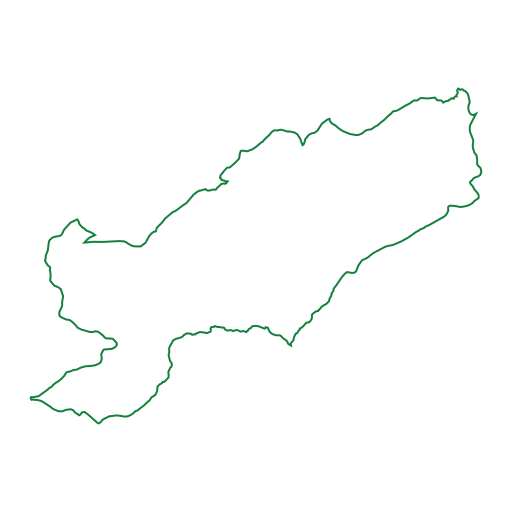 Zetaquirá, Boyacá, Colombia
{"feature_id": "7082276B35977519917705", "entity_name": "Zetaquirá", "entity_type": "district", "adm_level": 2, "iso_a3": "COL", "parent_name": "Colombia", "parent_adm1": "Boyacá", "projection": "mercator", "projection_center": [-73.195, 5.28], "detail": "fine", "context": "isolated", "style": "outline", "palette": "green", "viewbox_px": 512, "rotation_deg": 0, "n_neighbors": 0, "source": "geoboundaries", "source_scale": "gbopen_adm2", "svg_char_len": 5987}
<svg xmlns="http://www.w3.org/2000/svg" viewBox="0 0 512 512"><path d="M291.0,345.5L290.6,343.5L293.4,340.3L294.3,336.5L295.1,335.2L295.4,334.0L295.8,333.6L297.1,333.3L298.2,331.1L299.7,329.7L299.9,328.5L301.3,327.9L303.4,326.1L305.8,323.2L307.1,322.5L308.7,322.4L310.2,321.2L311.6,319.1L312.0,316.5L311.8,315.1L312.6,313.9L315.9,311.4L318.2,311.0L318.5,310.3L319.2,309.9L319.6,309.0L320.5,308.3L321.5,306.9L323.9,305.2L325.9,304.2L328.9,301.4L329.7,298.4L331.4,295.6L331.6,293.4L333.3,291.1L333.7,288.6L335.7,286.1L341.7,277.4L344.3,274.3L346.8,272.2L347.5,272.1L351.6,272.9L353.2,272.9L354.7,272.5L356.1,271.3L358.4,265.5L361.9,260.4L367.5,257.7L373.0,253.2L385.1,246.8L388.3,245.8L392.6,245.1L400.9,241.6L408.0,237.7L416.2,231.9L418.4,230.8L420.8,229.1L423.9,228.0L425.2,226.8L429.8,224.7L444.3,216.5L445.7,215.2L447.0,213.4L448.3,210.4L448.1,208.1L448.3,206.8L449.7,205.8L451.9,205.7L454.9,206.0L460.5,207.0L463.6,206.6L466.7,205.9L468.9,205.2L472.5,203.1L474.2,201.1L478.6,198.1L478.6,195.0L477.7,193.3L474.3,189.3L472.8,186.3L470.7,184.1L470.0,182.3L470.1,181.8L472.3,180.0L473.7,178.1L478.5,176.2L480.1,175.1L480.4,174.7L481.3,172.1L481.0,169.5L480.2,167.6L478.5,166.1L477.2,164.4L477.2,159.8L476.7,156.3L476.1,154.7L474.4,152.7L472.9,147.8L472.7,145.6L473.2,142.3L473.2,140.2L469.9,131.5L469.7,127.6L470.2,125.0L476.0,113.8L474.0,114.9L472.8,115.0L470.9,114.3L469.9,113.2L468.7,110.7L468.3,108.7L468.5,105.6L469.6,102.7L469.7,101.6L468.1,94.6L466.7,92.5L464.7,90.8L463.8,90.6L462.6,89.4L461.6,89.3L460.1,89.9L458.9,88.7L458.1,88.6L457.2,90.2L457.2,91.1L457.8,92.3L457.6,93.4L456.4,95.2L456.6,96.4L455.8,96.3L455.0,96.7L454.0,97.8L453.8,98.7L452.0,98.3L451.3,98.4L450.1,99.5L448.9,100.0L448.0,100.9L445.5,101.3L443.2,102.6L441.9,100.9L440.6,100.3L437.4,100.3L434.8,97.6L427.9,98.5L420.8,98.0L420.0,98.4L417.1,100.5L414.4,100.4L413.4,100.8L409.5,103.6L405.8,105.4L398.4,109.9L396.6,110.7L393.0,111.4L391.2,113.5L387.6,116.5L384.1,120.0L380.3,122.9L377.6,125.4L375.1,126.6L371.3,129.3L368.0,129.8L365.4,130.6L362.3,133.3L358.5,134.9L356.2,135.1L349.9,134.0L342.6,131.0L338.5,128.2L335.7,125.7L331.7,123.3L329.8,120.7L329.5,118.8L327.1,119.7L321.9,123.7L317.5,130.6L315.7,132.0L314.5,132.8L311.6,133.4L308.8,134.9L305.3,139.2L304.5,142.4L303.5,144.6L302.5,145.1L300.0,138.3L297.4,134.4L295.9,133.3L294.3,132.5L290.0,131.5L287.7,131.6L281.7,129.8L280.1,129.8L277.2,130.5L274.1,130.3L271.4,132.4L269.9,134.4L264.5,139.4L262.7,141.8L261.1,142.6L256.1,146.8L252.4,149.4L247.1,151.3L244.2,150.8L241.2,150.7L240.8,150.9L239.9,153.5L239.1,158.6L234.6,163.3L229.8,167.4L227.3,167.7L226.7,168.1L224.4,170.5L220.6,175.3L220.0,177.7L220.1,178.1L220.9,178.4L221.2,178.9L221.5,180.0L224.3,180.6L225.5,181.6L227.0,181.2L227.6,181.4L226.0,183.4L225.2,183.8L223.2,183.5L221.1,184.1L218.9,186.4L218.0,187.0L215.6,189.8L213.3,189.5L209.8,190.5L208.0,190.6L206.5,190.1L205.5,189.1L200.4,190.6L199.4,190.7L197.4,191.7L193.5,194.7L186.5,203.0L183.4,205.0L175.9,210.7L172.6,212.2L164.8,218.8L162.4,222.2L156.8,227.8L155.9,231.3L153.8,231.8L151.3,233.6L149.4,235.8L145.4,242.9L140.7,246.4L135.1,246.4L132.5,246.0L128.1,243.7L126.7,242.5L123.9,241.3L118.5,241.1L103.7,241.9L93.0,241.8L84.4,242.6L86.8,239.9L89.7,237.5L95.0,235.1L91.9,232.8L86.1,230.3L84.4,228.6L82.3,227.3L80.0,224.9L79.1,223.4L78.6,221.4L77.3,219.4L70.5,222.6L64.0,229.8L62.1,233.9L61.2,235.0L60.2,235.7L58.3,236.3L55.9,236.5L53.5,237.2L51.9,238.0L49.4,240.4L48.8,242.4L47.8,250.4L45.7,255.8L45.7,258.1L45.0,260.6L46.2,263.0L47.3,264.6L48.4,266.0L49.6,266.7L50.3,267.8L49.8,270.3L50.4,272.3L50.6,275.1L50.2,280.6L52.4,283.5L54.4,285.6L58.5,287.4L60.8,289.2L63.1,296.1L62.1,302.4L62.2,304.8L62.0,306.3L59.6,311.5L59.2,313.1L59.5,315.6L60.3,316.7L64.5,318.8L66.1,319.5L69.6,320.0L72.0,321.7L74.2,323.7L76.8,326.5L77.3,327.5L81.0,329.4L89.5,331.9L92.8,332.1L94.7,331.4L97.4,331.5L98.7,332.1L103.2,335.7L104.7,337.5L106.3,338.4L111.9,338.6L113.1,339.0L116.6,342.9L116.9,344.4L115.9,346.4L115.1,347.2L111.9,348.9L108.7,349.0L106.1,349.5L104.4,349.4L103.3,350.0L102.1,352.6L101.2,353.9L101.7,358.1L101.6,359.7L100.7,362.3L99.0,363.6L94.8,365.4L88.9,366.1L86.0,366.2L83.3,366.9L80.4,367.8L77.3,369.4L75.4,369.9L74.1,369.8L69.5,371.7L67.9,371.8L66.6,372.3L65.6,373.5L64.3,375.8L60.9,379.3L58.8,381.0L56.2,382.5L53.0,385.0L52.2,386.3L49.4,388.0L47.2,390.0L40.2,395.0L39.4,395.7L38.0,396.4L36.4,396.5L33.1,397.3L31.6,397.0L30.8,397.5L30.7,398.4L31.5,399.8L32.3,399.6L37.4,400.0L41.4,401.0L50.0,406.5L53.0,408.9L57.8,411.0L60.8,411.4L63.0,411.1L65.7,409.9L70.5,409.3L71.6,409.5L73.3,410.3L74.8,412.3L78.0,414.4L79.0,415.3L80.6,414.4L82.0,412.3L84.6,412.0L87.9,414.4L97.9,423.2L98.6,423.4L99.3,423.1L101.0,421.8L101.7,420.6L102.9,419.5L109.5,416.2L112.7,416.0L114.7,415.5L117.9,415.5L124.2,416.5L126.6,416.5L129.1,415.8L131.8,414.3L134.4,412.3L135.3,411.2L137.9,410.3L139.0,409.2L144.0,405.4L147.8,401.7L149.3,400.7L151.4,397.4L154.7,395.4L155.8,394.1L156.7,392.1L157.2,390.6L157.5,386.8L157.9,386.1L159.8,384.3L162.1,383.1L162.3,382.3L162.7,381.9L164.4,381.9L168.6,377.3L168.6,374.4L168.3,372.1L170.1,368.0L171.7,366.2L171.8,364.7L171.7,363.4L170.0,360.6L168.7,355.9L168.8,353.7L169.2,352.7L169.3,351.0L169.0,348.9L170.0,345.9L172.1,342.6L172.8,340.7L175.6,339.0L181.9,337.1L184.0,335.0L187.1,333.3L191.2,333.8L192.0,334.7L192.8,334.8L194.3,334.2L195.4,334.4L196.6,333.2L198.2,332.9L199.7,332.0L205.1,332.6L205.9,333.1L207.1,333.0L210.5,331.7L210.9,330.4L210.5,328.4L211.0,327.4L211.7,327.0L212.8,327.1L214.0,326.8L214.8,326.1L217.2,326.9L219.9,327.0L221.1,327.5L223.7,327.5L224.3,328.0L224.8,329.2L226.6,330.4L227.6,330.5L231.0,330.1L233.2,331.1L235.8,330.1L237.2,330.1L240.8,331.6L243.3,331.0L246.3,332.1L247.0,331.1L247.9,330.7L248.6,329.2L250.9,328.0L251.9,326.5L252.3,326.2L254.9,325.9L257.9,326.1L264.6,328.6L265.3,328.3L265.7,327.2L267.8,327.7L269.4,331.5L272.4,334.2L273.7,334.4L275.4,335.2L279.1,335.3L280.5,335.6L283.4,338.5L286.4,340.5L287.6,342.3L288.1,343.7L288.9,344.4L291.0,345.5Z" fill="none" stroke="#15803d" stroke-width="2"/></svg>